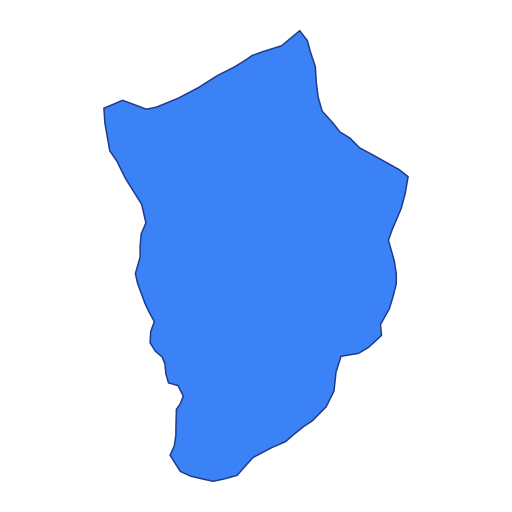 the district of Kornokipos, Cyprus
{"feature_id": "46923920B14049283421613", "entity_name": "Kornokipos", "entity_type": "district", "adm_level": 2, "iso_a3": "CYP", "parent_name": "Cyprus", "parent_adm1": "", "projection": "mercator", "projection_center": [33.572, 35.273], "detail": "fine", "context": "isolated", "style": "filled", "palette": "blue", "viewbox_px": 512, "rotation_deg": 0, "n_neighbors": 0, "source": "geoboundaries", "source_scale": "gbopen_adm2", "svg_char_len": 1162}
<svg xmlns="http://www.w3.org/2000/svg" viewBox="0 0 512 512"><path d="M170.1,455.3L180.3,471.4L191.0,476.3L201.7,478.8L213.2,481.3L224.7,478.8L237.2,475.3L244.1,467.4L253.0,457.5L271.8,447.6L285.6,441.6L293.5,434.7L303.4,426.7L312.3,420.8L326.1,406.9L334.0,391.0L336.0,372.1L341.0,356.3L358.7,353.3L368.6,347.3L381.5,335.4L380.5,324.5L389.4,308.6L393.3,295.7L396.3,283.8L396.3,273.9L394.3,261.0L388.4,240.2L392.3,229.3L401.2,208.4L405.2,193.5L408.1,176.7L399.2,169.7L381.5,159.8L372.6,154.8L359.7,147.9L349.8,138.0L340.0,132.0L333.0,123.1L322.2,111.2L318.2,97.3L316.3,82.4L315.3,66.5L310.3,51.6L307.4,40.7L299.7,30.7L281.7,45.7L262.9,51.6L252.0,55.6L243.2,61.6L233.3,67.5L217.5,75.5L198.7,87.4L178.0,98.3L156.2,107.2L146.4,109.2L122.6,100.3L103.9,108.2L104.9,123.1L109.8,150.9L116.7,160.8L125.6,178.7L141.7,204.4L145.9,222.9L141.2,233.9L140.1,246.1L140.1,257.2L135.4,273.6L137.5,283.1L144.9,303.2L148.6,311.1L154.3,321.6L150.7,331.7L150.1,342.8L155.4,351.2L162.2,357.0L164.9,363.9L165.9,373.9L168.5,382.9L178.0,385.6L183.3,396.1L180.1,404.1L176.4,409.3L175.9,428.4L175.9,435.2L174.3,445.8L170.1,455.3Z" fill="#3b82f6" stroke="#1e3a8a" stroke-width="1.5"/></svg>